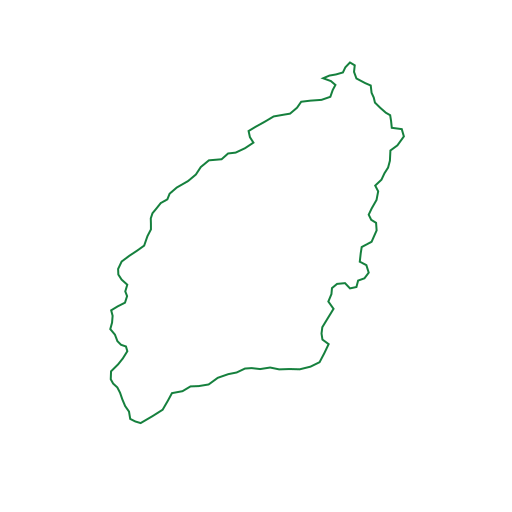 the district of Divino de São Lourenço, Espírito Santo, Brazil, rotated 241°
{"feature_id": "56859067B39988087600480", "entity_name": "Divino de São Lourenço", "entity_type": "district", "adm_level": 2, "iso_a3": "BRA", "parent_name": "Brazil", "parent_adm1": "Espírito Santo", "projection": "equal_earth", "projection_center": [-41.721, -20.586], "detail": "fine", "context": "isolated", "style": "outline", "palette": "green", "viewbox_px": 512, "rotation_deg": 241, "n_neighbors": 0, "source": "geoboundaries", "source_scale": "gbopen_adm2", "svg_char_len": 1896}
<svg xmlns="http://www.w3.org/2000/svg" viewBox="0 0 512 512"><g transform="rotate(241 256 256)"><path d="M369.0,370.3L365.8,363.8L364.0,354.8L366.1,348.9L369.5,339.1L369.2,328.8L369.2,318.2L368.9,310.1L362.9,308.3L356.4,308.7L355.6,298.6L356.3,288.3L359.2,281.3L357.3,272.8L362.5,261.2L360.6,250.9L356.4,242.9L354.5,233.0L354.3,219.9L352.4,210.7L348.5,205.9L348.5,198.4L345.9,192.1L343.6,186.2L339.9,182.2L335.1,179.7L330.2,177.0L326.0,170.7L319.3,163.2L318.3,154.5L317.6,145.3L316.3,135.8L311.5,129.1L306.5,126.6L300.5,127.0L293.3,129.5L288.4,124.5L283.4,123.8L278.7,118.8L279.0,110.7L278.7,103.0L273.2,101.6L267.5,97.8L262.7,93.1L255.6,94.5L248.7,93.5L243.8,94.9L239.9,98.4L235.1,97.3L231.0,89.9L228.1,82.9L225.4,73.3L218.6,69.2L213.7,69.2L208.3,71.0L202.3,70.8L195.5,69.6L188.2,68.8L181.5,69.5L174.5,67.0L169.8,70.2L165.8,74.1L166.1,87.6L166.8,99.8L172.3,109.0L176.8,116.0L173.4,126.2L173.7,135.5L170.0,142.8L166.6,152.3L168.0,163.5L166.1,174.5L163.5,182.6L162.9,191.8L160.1,197.8L155.1,204.8L151.6,214.3L145.6,221.3L140.9,230.5L135.7,239.3L132.8,250.0L132.3,260.1L137.8,268.5L143.7,276.8L150.7,273.6L156.4,275.7L161.6,279.5L167.0,289.0L172.2,298.2L181.1,297.2L186.1,303.5L191.1,306.9L192.3,313.4L189.1,320.7L182.1,322.5L180.2,328.8L185.0,333.4L183.9,340.0L186.8,346.5L194.5,348.1L200.7,344.0L207.6,348.9L212.6,352.8L212.4,364.0L219.9,373.9L226.8,377.1L231.8,374.3L237.5,374.6L241.5,380.2L246.6,388.6L253.3,394.2L259.8,394.4L261.9,402.7L266.1,408.5L269.3,414.4L274.4,419.3L283.1,424.7L284.2,433.3L288.9,443.3L296.3,445.0L302.3,436.9L308.6,439.6L314.1,441.6L318.4,439.0L325.4,436.5L332.5,434.4L337.5,435.8L342.7,436.2L349.5,439.0L354.3,435.3L362.6,429.9L369.5,431.0L374.9,434.8L379.7,432.0L377.7,425.6L374.4,421.0L376.0,414.0L378.2,407.7L378.9,400.9L372.7,406.3L367.1,408.4L364.0,403.6L359.2,398.2L360.8,389.0L365.5,378.9L369.0,370.3Z" fill="none" stroke="#15803d" stroke-width="2"/></g></svg>